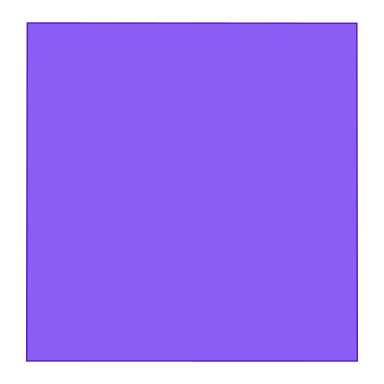 the district of Hansford, Texas, United States of America
{"feature_id": "52423323B90257338049784", "entity_name": "Hansford", "entity_type": "district", "adm_level": 2, "iso_a3": "USA", "parent_name": "United States of America", "parent_adm1": "Texas", "projection": "albers", "projection_center": [-101.355, 36.277], "detail": "fine", "context": "isolated", "style": "filled", "palette": "violet", "viewbox_px": 384, "rotation_deg": 0, "n_neighbors": 0, "source": "geoboundaries", "source_scale": "gbopen_adm2", "svg_char_len": 198}
<svg xmlns="http://www.w3.org/2000/svg" viewBox="0 0 384 384"><path d="M27.3,23.0L26.7,360.9L357.3,361.0L357.3,359.2L356.8,23.3L27.3,23.0Z" fill="#8b5cf6" stroke="#5b21b6" stroke-width="1.5"/></svg>